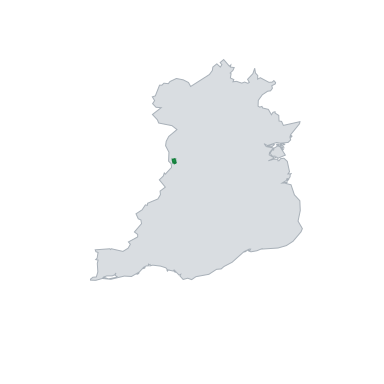 Corumbiara, Rondônia, Brazil (highlighted), rotated 50°
{"feature_id": "56859067B10063501448175", "entity_name": "Corumbiara", "entity_type": "district", "adm_level": 2, "iso_a3": "BRA", "parent_name": "Brazil", "parent_adm1": "Rondônia", "projection": "equal_earth", "projection_center": [-61.091, -12.881], "detail": "fine", "context": "in_parent", "style": "filled", "palette": "green", "viewbox_px": 384, "rotation_deg": 50, "n_neighbors": 0, "source": "geoboundaries", "source_scale": "gbopen_adm2", "svg_char_len": 4819}
<svg xmlns="http://www.w3.org/2000/svg" viewBox="0 0 384 384"><g transform="rotate(50 192 192)"><path d="M126.5,86.0L129.3,89.3L132.8,87.7L133.9,89.8L135.8,86.8L140.6,83.9L141.6,81.0L144.6,79.4L144.9,77.6L141.4,77.0L140.5,69.3L137.5,64.4L141.6,66.9L145.1,66.8L147.7,69.2L148.4,66.2L157.4,62.6L159.4,60.0L159.3,57.7L161.9,57.6L162.7,58.7L161.9,62.6L164.2,63.7L165.0,66.8L163.4,69.3L162.7,75.6L164.4,82.3L168.7,86.2L170.5,85.6L171.4,83.4L173.0,83.9L177.8,80.4L183.9,81.5L183.0,78.7L183.9,76.8L185.1,77.6L189.1,76.3L193.6,79.7L195.5,78.0L199.7,79.2L207.5,64.1L208.8,65.7L211.5,79.6L212.9,81.7L215.5,82.9L215.8,86.5L211.3,93.1L208.5,95.3L204.9,104.4L201.3,105.7L205.0,105.9L210.6,101.3L211.6,107.2L213.2,109.0L218.9,107.0L217.2,113.5L219.4,108.3L222.1,105.2L223.4,106.1L224.0,105.2L223.4,102.8L225.2,99.9L229.7,99.3L239.2,104.3L239.8,106.9L241.2,105.1L243.4,107.1L244.0,109.2L242.8,110.7L243.3,111.5L244.5,110.1L244.8,111.5L243.7,112.9L243.0,117.4L244.5,115.6L245.6,112.2L245.8,114.6L250.1,111.5L260.0,115.4L268.0,115.0L275.8,121.0L282.5,129.5L291.0,131.0L292.6,134.1L294.7,146.3L293.7,154.2L290.2,162.1L280.6,175.2L280.6,174.2L278.7,180.1L275.7,185.3L274.3,186.1L273.4,183.8L272.5,184.9L271.1,190.5L271.6,206.4L269.6,215.5L269.7,219.1L267.0,222.9L265.9,232.0L259.4,243.4L258.9,248.6L255.3,250.7L253.3,255.0L248.7,255.2L247.8,253.5L247.3,255.3L240.2,255.8L240.5,257.2L235.8,260.8L233.2,260.8L228.6,263.7L222.8,269.1L221.6,271.7L220.6,270.7L220.2,271.9L218.9,271.4L220.5,272.9L219.2,274.6L218.6,277.4L219.4,283.6L217.8,292.7L212.9,297.9L206.7,310.3L201.0,315.9L201.0,314.1L204.9,311.8L208.6,305.0L208.7,303.8L206.4,304.5L205.1,302.3L205.7,304.5L205.0,307.0L201.5,311.2L200.3,314.4L200.6,316.3L197.8,322.5L194.3,326.4L193.5,325.8L193.6,322.7L195.6,319.9L192.7,315.5L185.9,310.5L183.8,307.7L181.9,309.2L181.7,307.2L177.9,302.8L176.0,304.0L174.1,303.3L182.7,291.4L183.7,291.4L183.6,290.3L193.1,283.1L194.0,277.1L192.4,272.8L189.4,272.8L191.5,262.5L189.6,260.9L185.6,261.8L183.8,251.0L180.5,249.1L178.0,250.4L172.7,248.9L173.6,241.7L171.9,236.0L173.5,234.8L172.1,233.2L175.4,222.6L173.7,217.8L170.8,215.9L171.1,209.3L161.7,209.2L161.3,203.7L159.6,201.0L161.2,201.0L160.0,191.9L157.0,189.8L153.3,190.1L146.7,184.1L139.6,182.5L136.6,179.2L134.5,174.1L134.5,163.4L128.3,164.7L117.7,173.2L114.5,172.1L107.2,172.5L107.6,161.4L104.0,165.1L99.0,165.4L98.0,161.9L93.6,161.2L94.8,158.3L89.3,148.2L90.8,146.4L90.6,143.6L93.8,140.5L93.2,137.9L95.0,131.0L100.5,126.6L105.9,124.3L110.3,125.2L113.2,103.2L112.0,98.3L109.7,95.7L109.8,90.6L114.5,90.0L113.7,87.3L110.9,87.2L110.9,82.6L119.7,82.5L119.6,80.6L121.0,82.3L123.8,79.7L125.2,82.6L125.4,86.3L126.5,86.0ZM214.0,95.5L223.7,96.8L221.4,104.5L219.6,104.7L219.3,106.0L217.9,105.4L216.3,107.4L212.6,107.4L211.3,103.5L212.3,102.5L211.1,101.1L211.9,96.6L214.0,95.5ZM205.6,104.9L207.2,99.3L208.7,98.5L208.6,101.9L205.6,104.9ZM216.7,92.8L215.7,94.9L213.5,94.4L213.9,93.1L216.7,92.8ZM213.3,90.5L213.0,94.8L212.0,94.3L213.3,90.5ZM218.2,95.5L216.8,95.7L216.2,95.4L217.9,94.1L218.2,95.5ZM211.9,95.6L210.4,97.0L209.8,96.3L210.9,95.1L211.9,95.6ZM214.5,91.9L213.8,91.0L215.0,90.2L215.1,91.0L214.5,91.9ZM213.7,81.0L212.9,81.2L212.7,79.6L213.5,79.5L213.7,81.0ZM219.6,287.4L219.3,286.1L220.0,284.9L220.2,285.3L219.6,287.4ZM236.6,260.3L236.8,261.7L235.8,261.4L236.6,260.3ZM219.4,278.3L219.1,277.5L219.7,276.7L219.9,277.1L219.4,278.3ZM244.3,114.6L243.6,116.2L244.3,114.0L244.3,114.6ZM273.8,186.4L272.8,186.8L273.5,185.6L273.8,186.4ZM242.7,256.3L241.7,256.8L241.5,256.5L242.2,255.9L242.7,256.3ZM272.1,189.2L271.7,190.1L271.5,189.5L272.1,189.2ZM241.7,103.7L241.7,104.6L241.5,104.4L241.7,103.7Z" fill="#d9dde1" stroke="#a8b0b8" stroke-width="1"/><path d="M158.8,187.3L158.8,187.2L158.8,186.9L158.8,186.7L158.9,186.4L159.0,186.4L159.2,186.2L159.3,186.1L159.2,185.9L159.3,185.8L159.3,185.7L159.2,185.6L159.2,185.4L159.0,185.2L158.9,185.1L158.7,185.2L158.6,185.3L158.5,185.2L158.4,185.1L158.2,185.1L158.1,185.3L157.9,185.3L157.9,185.5L157.8,185.8L157.7,185.8L157.6,186.0L157.6,185.9L157.5,185.7L157.6,185.4L157.6,185.2L157.6,184.9L157.5,184.7L157.4,184.7L157.4,184.8L157.3,184.7L157.2,184.7L157.2,184.4L156.9,184.4L156.8,184.5L156.7,184.5L156.5,184.8L156.4,184.9L156.4,185.0L156.4,184.9L156.4,184.7L156.2,184.6L155.9,184.5L155.8,184.4L155.7,184.3L155.6,184.2L155.7,183.9L155.5,184.0L155.4,184.1L155.4,184.3L155.5,184.4L155.4,184.5L155.2,184.5L155.1,184.8L155.1,185.0L155.0,185.3L155.0,185.5L154.9,185.8L154.9,186.0L154.8,186.3L154.7,186.3L154.8,186.4L154.9,186.5L155.0,186.5L155.3,186.6L155.5,186.7L155.7,186.8L155.8,186.8L156.0,186.9L156.1,187.0L156.3,187.0L156.5,187.2L156.8,187.2L156.9,187.3L156.9,187.2L157.0,187.3L157.3,187.2L157.5,187.2L157.5,187.3L157.8,187.3L157.9,187.2L158.0,187.2L158.3,187.1L158.4,187.3L158.4,187.2L158.5,187.3L158.8,187.3Z" fill="#22c55e" stroke="#15803d" stroke-width="1.5"/></g></svg>